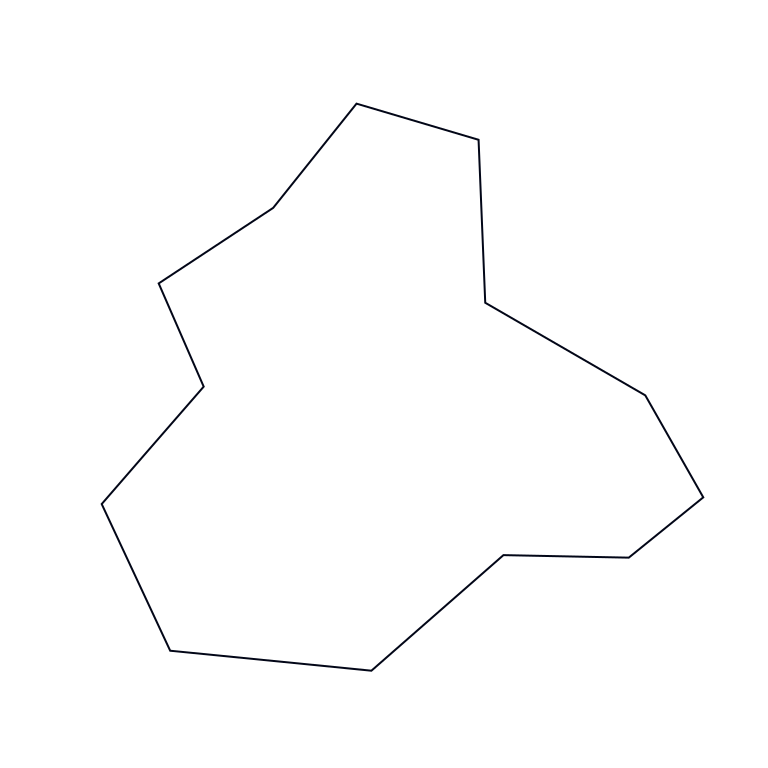 the border of Jelgava, rotated 171°
{"feature_id": "LVA-4849", "entity_name": "Jelgava", "entity_type": "Republican City", "adm_level": 1, "iso_a3": "LVA", "parent_name": "Latvia", "parent_adm1": "", "projection": "orthographic", "projection_center": [23.715, 56.641], "detail": "fine", "context": "isolated", "style": "outline", "palette": "ink", "viewbox_px": 768, "rotation_deg": 171, "n_neighbors": 0, "source": "natural_earth", "source_scale": "10m", "svg_char_len": 345}
<svg xmlns="http://www.w3.org/2000/svg" viewBox="0 0 768 768"><g transform="rotate(171 384 384)"><path d="M292.8,196.3L441.3,102.8L636.9,154.0L681.6,309.6L631.9,351.4L562.5,409.6L590.8,518.6L465.9,575.3L367.3,665.2L252.4,610.4L271.3,448.4L127.7,331.9L86.4,222.1L169.4,174.2L292.8,196.3Z" fill="none" stroke="#020617" stroke-width="2"/></g></svg>